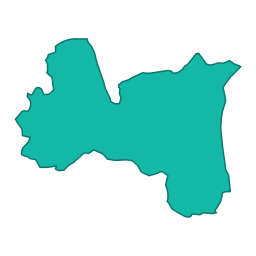 the district of Izra', Dar`a, Syria
{"feature_id": "27442178B99944519185371", "entity_name": "Izra'", "entity_type": "district", "adm_level": 2, "iso_a3": "SYR", "parent_name": "Syria", "parent_adm1": "Dar`a", "projection": "mercator", "projection_center": [36.034, 32.866], "detail": "fine", "context": "isolated", "style": "filled", "palette": "teal", "viewbox_px": 256, "rotation_deg": 0, "n_neighbors": 0, "source": "geoboundaries", "source_scale": "gbopen_adm2", "svg_char_len": 4459}
<svg xmlns="http://www.w3.org/2000/svg" viewBox="0 0 256 256"><path d="M216.2,212.6L214.8,210.8L217.3,207.0L220.8,201.0L222.6,192.6L225.9,191.7L227.7,191.6L229.7,191.7L230.3,190.8L228.6,175.2L225.7,169.8L225.3,166.1L224.2,158.4L222.8,148.7L221.2,134.1L220.8,127.4L220.8,126.2L221.4,117.5L222.3,111.8L225.6,101.3L225.2,97.3L223.0,87.4L227.2,81.2L231.0,76.4L235.3,72.2L240.6,66.8L238.7,65.7L234.7,64.2L234.1,63.8L233.5,63.5L229.3,60.6L223.3,63.3L219.0,62.9L210.0,65.2L206.1,63.9L203.5,59.9L198.6,53.4L196.2,53.7L190.1,61.3L187.4,64.7L184.4,66.4L182.4,69.5L177.4,72.8L173.0,73.2L171.3,71.1L168.0,70.5L158.6,71.9L150.2,73.2L146.3,73.2L142.7,72.8L132.3,77.5L128.9,79.7L122.4,81.8L118.6,85.0L118.7,87.0L119.8,88.5L119.5,93.6L121.0,97.8L119.5,103.6L114.9,103.8L110.5,101.4L110.1,98.6L105.4,88.6L103.4,81.4L98.6,67.5L98.1,65.7L97.0,63.9L97.0,62.9L94.4,52.5L91.7,46.8L87.7,41.7L87.3,39.0L75.6,38.9L75.3,38.9L75.1,38.9L74.8,38.9L74.5,38.9L74.3,38.9L74.1,38.9L73.7,39.0L73.2,39.0L72.8,39.0L72.6,39.1L72.4,39.1L72.2,39.1L71.7,39.2L71.4,39.2L71.1,39.3L70.9,39.3L70.7,39.3L70.3,39.4L70.1,39.5L69.8,39.5L69.6,39.6L69.4,39.6L69.2,39.7L68.7,39.8L68.4,39.8L68.2,39.9L67.8,40.0L67.5,40.1L66.9,40.3L66.5,40.4L66.1,40.5L65.7,40.6L65.4,40.7L65.1,40.8L64.9,40.9L64.5,41.1L64.1,41.2L63.7,41.4L63.5,41.5L63.2,41.6L62.9,41.8L62.5,41.9L62.2,42.0L61.6,42.3L61.3,42.5L60.9,42.7L60.6,42.9L60.3,43.0L60.1,43.2L59.7,43.4L59.4,43.6L59.0,43.8L58.8,43.9L58.6,44.1L58.3,44.3L57.9,44.5L57.7,44.7L57.5,44.8L57.1,45.1L56.8,45.3L56.5,45.6L56.3,45.7L56.1,45.9L55.8,46.2L55.5,46.4L55.6,52.3L48.3,54.6L48.3,54.8L48.3,55.0L48.2,55.2L48.2,55.4L48.1,55.6L48.1,55.8L48.0,56.1L47.9,56.3L47.9,56.5L47.7,56.8L47.6,57.1L47.5,57.3L47.5,57.5L47.4,57.7L47.3,57.9L47.2,58.0L47.0,58.4L46.9,58.6L46.7,58.9L46.6,59.0L46.4,59.3L46.2,59.6L45.9,59.9L45.8,60.0L45.7,60.2L45.6,60.3L47.5,63.7L47.6,70.1L46.9,72.9L52.0,77.4L53.7,89.8L49.4,94.1L47.8,94.5L46.8,94.3L45.6,94.3L44.6,94.7L44.0,94.7L43.3,93.6L42.4,91.0L42.3,90.6L41.4,89.1L39.7,87.9L36.9,87.5L35.3,89.1L33.4,92.3L32.4,94.3L30.9,95.1L27.9,93.3L27.2,96.5L27.4,96.7L27.5,96.9L27.7,97.1L27.9,97.3L28.1,97.5L28.3,97.8L28.5,98.0L28.8,98.5L29.0,98.7L29.2,98.9L29.3,99.2L29.5,99.4L29.6,99.7L29.8,99.9L29.9,100.2L30.0,100.3L30.1,100.6L30.2,100.8L30.3,101.0L30.4,101.4L30.4,101.5L30.5,101.8L30.5,102.0L30.6,102.3L30.6,102.5L30.6,102.9L30.7,103.1L30.7,103.3L30.7,103.5L30.7,103.9L30.7,104.1L30.7,104.3L30.7,104.6L30.7,104.8L30.6,105.0L30.6,105.3L30.6,105.6L30.5,105.8L30.5,106.0L30.4,106.3L30.4,106.5L30.3,106.9L30.3,107.0L30.2,107.1L30.2,107.3L30.1,107.5L30.0,107.8L29.9,108.0L29.8,108.3L29.7,108.5L29.5,108.9L29.4,109.0L29.3,109.3L29.2,109.4L29.2,109.5L29.0,109.8L28.9,110.0L28.7,110.3L28.6,110.5L28.4,110.6L28.2,110.7L28.2,110.8L27.9,110.9L27.8,111.0L27.6,111.1L27.4,111.2L27.2,111.2L27.1,111.3L26.9,111.3L26.7,111.3L26.4,111.3L26.2,111.3L25.9,111.3L25.7,111.2L25.4,111.1L25.2,111.0L24.9,111.0L24.8,110.9L24.7,110.9L24.4,110.9L24.2,110.9L23.9,110.9L23.7,110.9L23.4,111.0L23.2,111.0L22.9,111.1L22.7,111.2L22.6,111.3L22.4,111.4L22.2,111.5L21.9,111.7L21.8,111.8L21.7,111.9L15.7,118.9L15.4,119.1L17.4,122.5L22.1,129.3L22.5,135.6L30.1,137.4L28.3,142.0L22.8,148.0L21.6,151.2L21.7,154.7L25.3,156.2L27.2,156.4L30.3,158.7L35.7,159.6L40.0,167.3L46.7,167.4L56.3,166.1L55.4,169.0L58.6,170.6L64.0,170.1L68.7,165.3L73.4,162.5L83.0,153.9L85.7,152.9L88.6,153.4L93.2,150.3L93.9,150.0L100.6,152.8L103.8,154.7L107.4,159.1L115.3,160.4L126.4,159.8L131.6,160.6L133.6,161.7L137.8,165.6L140.8,171.2L142.0,172.4L149.2,175.7L154.1,174.2L157.8,173.1L159.9,171.9L162.3,171.7L167.9,175.7L166.5,180.6L165.7,185.4L165.8,185.7L165.9,185.9L166.0,186.0L166.1,186.3L166.2,186.5L166.3,186.8L166.4,187.1L166.5,187.3L166.6,187.6L166.7,187.9L166.8,188.2L166.9,188.5L167.0,188.9L167.1,189.2L167.1,189.3L167.2,189.7L167.3,190.0L167.4,190.3L167.4,190.6L167.5,190.8L167.5,191.1L167.6,191.3L167.6,191.6L167.7,191.8L167.7,192.1L167.7,192.3L167.8,192.6L167.8,193.0L167.9,193.3L167.9,193.6L167.9,193.8L167.9,194.1L167.9,194.3L168.0,194.6L168.0,194.9L168.0,195.1L168.0,195.5L168.0,196.0L168.0,196.3L168.0,196.5L168.0,196.8L168.0,197.0L167.9,197.3L167.9,197.5L167.9,197.8L167.9,198.0L167.8,198.5L167.8,199.0L167.7,199.3L167.7,199.8L167.6,200.1L167.5,200.4L167.5,200.8L167.4,201.1L167.4,201.3L167.3,201.6L168.8,203.0L171.8,208.6L177.3,212.2L184.7,216.3L187.9,217.1L190.5,216.6L192.0,214.4L192.3,214.1L200.0,214.7L203.2,212.8L213.0,213.6L215.9,212.6L216.2,212.6Z" fill="#14b8a6" stroke="#0f766e" stroke-width="1.5"/></svg>